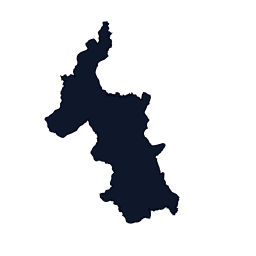 Sucre, Santander, Colombia, rotated 29°
{"feature_id": "7082276B9079895199156", "entity_name": "Sucre", "entity_type": "district", "adm_level": 2, "iso_a3": "COL", "parent_name": "Colombia", "parent_adm1": "Santander", "projection": "robinson", "projection_center": [-73.957, 6.009], "detail": "fine", "context": "isolated", "style": "filled", "palette": "ink", "viewbox_px": 256, "rotation_deg": 29, "n_neighbors": 0, "source": "geoboundaries", "source_scale": "gbopen_adm2", "svg_char_len": 5845}
<svg xmlns="http://www.w3.org/2000/svg" viewBox="0 0 256 256"><g transform="rotate(29 128 128)"><path d="M168.5,125.0L167.2,124.6L166.3,124.8L161.8,129.3L158.8,131.7L156.6,132.3L156.2,132.2L155.7,131.4L153.7,131.2L152.1,129.7L149.1,128.3L146.7,128.1L144.1,125.9L143.5,124.2L143.4,121.9L143.7,120.2L144.7,118.9L142.9,117.2L141.7,114.6L142.3,111.4L142.1,110.9L140.5,110.4L138.6,109.0L135.6,107.9L134.1,106.4L133.9,102.1L133.3,99.1L134.4,96.6L133.4,95.6L133.5,94.2L132.5,90.2L132.2,90.2L131.2,89.0L129.4,89.5L126.1,89.1L124.6,89.7L124.9,90.6L124.6,91.5L126.2,96.2L126.0,96.9L124.4,97.2L122.9,96.2L120.7,96.7L118.7,95.6L116.3,97.2L116.2,96.6L114.7,95.9L114.9,97.1L114.4,98.6L114.1,98.5L113.8,97.8L112.8,97.6L112.8,98.6L112.1,98.7L111.6,99.7L111.9,100.5L110.8,100.4L110.8,102.2L110.1,101.6L109.6,101.9L108.4,101.8L108.9,102.7L108.0,102.7L106.9,104.0L106.5,104.9L106.0,104.6L106.4,104.1L106.3,103.5L105.4,103.8L105.1,104.7L104.2,104.9L104.4,104.1L103.8,102.5L102.5,102.3L102.1,102.9L101.5,102.5L100.9,103.0L101.3,103.3L100.9,104.6L101.2,105.2L100.9,106.7L100.5,106.9L100.2,105.9L99.8,105.7L98.6,106.4L97.3,106.5L97.8,107.5L97.4,107.9L96.3,106.7L95.6,106.9L95.1,107.6L96.2,107.7L96.2,108.1L95.5,108.0L95.3,108.8L94.2,108.8L94.5,109.6L93.5,109.3L93.6,108.5L93.2,107.7L91.4,107.8L90.3,106.6L88.6,106.9L88.0,107.4L86.2,107.2L84.8,105.5L83.9,105.3L81.6,103.7L79.1,100.7L76.3,99.3L73.0,96.7L72.2,95.8L71.5,94.2L70.6,90.3L70.9,88.2L69.8,86.9L69.9,85.0L71.1,82.5L73.8,79.0L75.3,74.8L73.3,73.5L73.2,72.3L71.9,70.1L72.4,70.0L72.7,69.6L72.1,67.6L73.8,65.2L73.5,64.9L73.1,63.2L72.7,62.8L72.2,63.2L71.8,62.9L71.7,60.8L71.1,60.5L71.0,59.9L70.3,59.3L68.7,59.5L68.1,58.5L66.8,57.5L67.3,56.4L66.4,55.7L67.3,54.5L67.4,53.6L67.0,53.9L66.0,53.3L64.9,53.2L63.9,53.8L63.3,53.6L62.7,52.1L62.7,50.3L61.5,49.4L60.0,49.1L60.0,48.0L60.5,47.0L60.3,46.3L59.6,46.3L58.7,47.2L58.6,46.0L58.2,45.6L55.4,47.5L55.3,48.1L56.5,49.2L57.2,51.0L56.5,52.5L56.8,55.0L56.0,57.9L56.2,59.1L58.9,61.4L59.3,63.7L60.6,64.7L60.9,65.3L61.1,67.2L60.7,68.8L59.7,69.2L57.3,67.7L55.5,67.1L54.6,67.2L51.8,70.3L51.3,73.2L50.5,74.4L51.2,75.6L54.3,77.3L54.8,78.2L54.8,79.0L54.3,80.3L50.4,85.0L49.2,88.1L49.3,89.8L50.2,92.2L52.5,94.5L53.3,96.5L53.3,98.3L52.4,99.5L53.1,101.0L53.1,101.7L52.6,102.6L52.8,103.7L53.3,105.2L55.6,107.4L56.3,108.7L52.4,109.2L52.0,110.6L50.9,112.6L49.5,113.2L47.8,112.0L47.3,112.4L46.3,114.7L45.4,115.4L44.9,115.4L46.4,116.6L46.8,117.5L47.2,117.0L49.2,117.6L50.7,117.0L50.0,119.3L50.3,121.1L50.4,121.3L51.5,121.0L52.3,121.4L52.1,121.9L52.4,122.8L52.2,123.5L51.7,123.9L51.9,124.5L51.8,125.1L52.3,125.8L52.0,126.4L52.3,127.7L52.1,128.9L52.8,129.2L52.9,130.5L53.9,130.6L54.8,131.9L54.6,133.0L54.9,134.0L55.9,134.6L56.6,134.7L57.3,135.4L57.7,137.4L57.4,139.4L58.6,141.1L59.1,142.7L59.0,143.9L58.5,145.3L56.1,148.1L55.7,151.4L53.8,155.2L53.6,156.8L51.5,158.7L51.3,160.3L51.8,160.8L53.7,161.2L56.2,163.2L57.1,165.1L58.2,166.0L59.8,166.4L61.0,168.1L62.7,168.2L64.1,167.6L66.2,167.3L67.5,166.5L68.3,167.5L69.3,168.0L71.1,168.2L74.5,168.0L75.9,167.3L77.3,164.2L77.2,163.6L80.8,159.5L83.9,154.9L84.0,152.3L84.6,149.5L86.4,146.8L86.8,145.2L88.1,142.8L88.1,141.4L88.9,139.8L91.2,141.3L92.9,143.6L94.7,143.8L95.1,144.5L96.4,144.6L99.5,147.0L102.0,147.0L101.8,147.6L102.2,148.0L103.1,146.6L104.3,147.6L104.1,147.9L103.6,147.6L103.7,148.0L106.4,150.3L106.3,151.3L106.9,151.3L106.6,151.9L107.4,152.0L107.3,153.2L107.9,153.8L108.4,153.7L108.5,155.1L108.1,156.3L108.5,159.4L107.7,160.4L107.4,163.4L107.7,166.0L107.4,166.2L107.9,167.7L112.5,169.8L113.1,171.0L114.1,171.7L115.7,172.0L116.6,171.6L117.6,170.1L119.2,169.5L121.3,169.3L123.9,168.0L125.6,169.3L127.1,168.2L128.2,168.3L129.4,167.7L130.8,167.9L132.7,168.8L133.2,168.6L133.8,169.1L134.0,170.7L134.5,171.0L134.7,171.6L137.8,173.2L138.0,174.0L137.3,176.1L137.2,177.4L137.4,178.1L138.7,179.9L139.4,184.3L140.4,185.8L142.3,185.8L143.1,186.8L142.2,188.5L142.1,190.3L141.6,191.5L139.4,193.4L139.6,196.6L137.6,197.6L135.9,199.3L137.8,201.9L138.1,201.7L139.6,202.3L139.8,202.0L140.6,202.7L140.9,202.2L141.3,202.8L142.5,203.1L143.7,202.7L143.8,202.9L145.0,202.2L145.0,201.6L145.8,201.6L146.9,199.7L147.3,199.8L147.5,199.2L148.3,199.3L148.4,199.0L148.6,199.3L148.5,199.0L148.8,198.9L149.0,199.3L150.7,198.4L151.9,199.0L152.3,200.5L152.9,200.3L152.9,200.8L153.7,200.8L155.8,199.7L158.1,201.1L158.4,200.8L158.8,201.3L159.4,201.3L159.1,202.3L159.3,203.0L159.6,203.0L159.8,203.7L160.6,203.9L160.9,204.7L161.8,204.6L163.0,203.9L164.1,204.0L165.3,205.1L166.1,206.4L166.0,206.8L167.7,206.8L170.1,208.0L172.3,210.4L175.2,210.2L177.4,209.0L180.4,205.8L181.1,205.8L182.5,204.7L183.6,202.7L183.7,200.9L184.4,200.3L184.7,198.7L185.1,198.7L186.8,197.0L187.6,197.2L188.1,196.7L188.6,196.9L190.4,196.2L189.8,193.7L188.0,190.5L187.0,190.0L186.8,189.3L185.9,188.7L187.8,188.6L187.9,188.1L188.8,188.1L188.8,187.5L189.3,187.3L190.8,187.8L192.1,184.9L193.0,185.5L194.7,183.3L195.8,183.2L197.0,182.2L198.1,180.5L198.1,179.7L198.5,179.4L198.7,178.4L199.7,178.2L201.1,177.1L201.2,178.4L202.1,177.8L203.5,178.7L204.5,178.9L205.1,178.6L205.0,179.3L205.4,179.9L207.0,180.6L207.3,181.0L208.3,180.6L209.4,181.7L210.6,181.1L210.1,179.9L211.1,177.6L210.8,177.0L210.9,176.0L210.1,175.7L210.1,174.9L209.4,175.4L208.1,175.0L207.7,174.5L208.0,173.6L208.3,174.5L208.5,174.0L208.5,173.0L207.9,173.0L208.4,172.0L207.6,169.4L206.9,169.0L206.9,165.5L206.8,166.1L206.0,166.3L206.0,164.2L202.3,163.0L197.4,163.3L192.2,160.7L191.3,159.7L188.0,159.6L186.6,157.2L183.8,155.8L181.8,151.3L181.0,150.3L180.1,150.4L179.1,152.5L178.2,152.3L177.3,151.5L176.8,150.4L175.7,149.7L174.5,148.1L173.0,146.8L172.2,146.9L172.1,146.1L168.8,143.1L167.9,141.3L166.5,141.5L166.1,141.2L165.9,140.6L165.3,140.3L165.3,139.6L165.5,139.5L165.4,138.9L165.7,138.1L166.9,137.2L166.9,136.0L168.0,133.5L167.9,132.3L168.5,130.7L168.4,128.6L168.8,127.0L168.5,125.0Z" fill="#0f172a" stroke="#020617" stroke-width="1.5"/></g></svg>